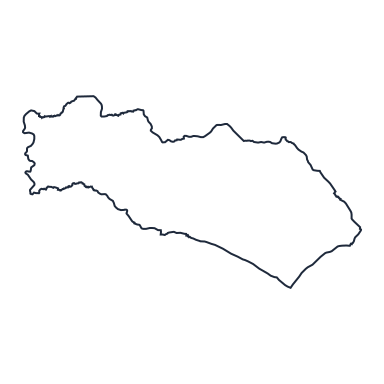 the district of Chom Phra, Surin, Thailand
{"feature_id": "78962969B42359071454830", "entity_name": "Chom Phra", "entity_type": "district", "adm_level": 2, "iso_a3": "THA", "parent_name": "Thailand", "parent_adm1": "Surin", "projection": "albers", "projection_center": [103.521, 15.133], "detail": "fine", "context": "isolated", "style": "outline", "palette": "slate", "viewbox_px": 384, "rotation_deg": 0, "n_neighbors": 0, "source": "geoboundaries", "source_scale": "gbopen_adm2", "svg_char_len": 5906}
<svg xmlns="http://www.w3.org/2000/svg" viewBox="0 0 384 384"><path d="M319.8,170.9L317.4,170.8L313.7,170.2L312.7,169.6L310.6,165.0L308.2,162.2L307.8,160.8L307.1,159.6L306.7,156.5L305.9,155.0L303.5,152.5L301.4,151.6L298.5,149.6L297.1,148.1L295.0,145.1L293.8,144.1L293.7,143.6L292.0,143.0L290.8,142.1L290.1,142.0L288.8,142.1L287.9,141.3L287.2,141.2L286.5,140.2L285.7,139.6L285.5,138.4L285.8,137.9L285.5,137.3L284.0,137.1L282.2,137.3L281.5,138.4L280.3,141.4L279.3,142.5L277.1,143.5L275.7,143.7L272.0,143.2L270.2,142.0L268.5,141.7L266.8,141.8L264.1,142.6L261.1,142.0L258.1,142.6L254.0,142.0L252.5,140.8L250.9,141.1L249.8,140.6L247.5,140.6L247.0,140.8L245.1,140.7L243.8,141.0L233.3,130.6L231.2,127.7L229.7,126.1L227.1,124.0L225.0,124.0L221.0,125.0L217.8,124.9L216.5,125.1L213.0,128.5L211.1,131.5L209.7,132.8L205.1,136.1L203.3,137.1L200.7,137.1L197.7,136.3L194.6,136.0L193.3,136.0L191.1,136.8L189.0,136.8L186.3,135.9L184.5,135.9L183.7,136.7L183.9,138.6L182.1,139.0L181.3,139.6L180.3,139.8L177.1,139.5L176.7,140.3L175.1,140.4L174.4,141.4L173.0,141.8L171.1,141.4L169.5,140.2L167.9,139.8L165.1,142.2L162.7,142.4L162.0,141.9L161.3,140.4L159.3,137.0L157.5,135.3L152.6,132.4L150.8,130.7L150.9,129.7L151.9,128.3L151.8,126.4L150.6,123.9L148.6,121.8L148.0,120.7L147.2,117.5L145.0,116.2L143.8,114.4L143.5,110.8L143.0,110.2L141.5,110.1L138.0,109.2L137.4,109.3L136.0,110.2L135.2,110.1L134.8,110.5L133.5,110.6L133.2,111.6L131.6,111.5L130.9,111.0L130.0,111.3L129.4,111.1L127.5,111.2L127.4,111.4L127.5,111.9L126.8,112.3L123.8,112.8L123.3,113.5L122.6,112.8L120.7,113.3L120.5,114.5L118.9,114.8L118.3,115.8L117.8,115.6L117.3,115.1L116.1,115.0L115.9,114.4L115.3,114.2L115.0,114.3L114.7,115.1L113.2,115.6L112.2,115.3L112.0,114.8L111.6,114.7L110.7,115.0L109.3,114.7L108.9,115.0L107.6,115.2L107.3,115.8L106.6,116.1L104.3,116.5L101.5,116.5L100.8,115.7L100.8,114.8L100.9,112.1L102.0,108.7L101.9,106.1L101.5,104.6L100.9,103.6L97.6,100.1L95.5,97.5L93.6,96.2L77.1,96.6L75.8,98.3L76.1,98.6L76.0,98.9L75.3,99.0L74.2,100.6L71.3,101.6L70.5,102.7L69.5,103.2L68.8,102.7L68.0,102.8L66.5,104.1L65.4,105.8L64.1,106.3L63.6,107.5L63.9,108.5L63.5,108.7L62.8,111.7L62.1,112.5L61.6,112.5L61.3,113.1L60.5,113.6L60.3,114.6L59.5,115.4L58.8,115.4L58.1,115.0L57.7,115.5L57.0,115.3L55.5,116.1L54.5,115.7L54.2,116.0L53.3,116.0L53.1,116.3L53.2,116.6L52.9,116.7L52.1,116.5L51.2,116.6L51.0,116.0L50.1,116.6L50.0,116.2L49.6,116.3L49.1,116.1L46.1,116.5L45.5,116.4L45.0,116.7L44.7,116.4L44.4,116.9L44.1,116.8L43.6,117.3L42.5,117.2L41.9,117.8L41.8,117.6L41.8,117.1L40.1,116.9L40.0,116.2L39.0,116.1L39.0,114.4L39.3,113.6L37.8,113.7L36.8,113.5L34.4,111.1L31.1,110.4L29.2,111.4L26.0,114.1L24.5,115.8L23.8,117.6L23.7,121.7L24.9,125.4L25.1,127.7L24.8,128.6L23.1,131.0L23.0,132.1L23.8,132.8L24.6,133.2L29.0,132.6L32.1,133.5L33.7,134.5L34.3,136.0L34.3,139.0L33.5,142.4L32.7,143.8L30.9,145.9L28.0,147.2L27.2,148.0L27.0,148.7L27.0,151.1L26.4,152.2L25.4,153.1L25.1,153.9L25.2,154.5L25.6,155.0L27.8,155.6L28.3,158.9L29.3,160.4L30.2,160.9L32.1,161.0L33.7,162.1L34.5,163.0L34.7,163.6L34.3,165.2L31.2,167.4L30.7,170.7L30.3,171.6L29.1,171.6L26.9,171.2L25.9,171.6L25.4,172.4L25.7,173.3L27.9,174.8L31.0,179.4L33.8,182.1L34.4,183.3L34.5,184.2L34.3,185.1L30.1,189.8L30.0,190.7L30.5,193.0L30.4,193.6L31.1,194.1L32.5,194.3L34.0,192.6L35.9,193.1L39.0,193.2L39.3,192.6L39.2,190.9L40.1,189.6L41.4,188.8L43.4,189.2L44.1,188.7L45.5,189.5L46.1,189.5L46.7,187.6L47.3,187.5L48.1,186.5L49.3,186.8L51.4,186.9L53.3,187.8L54.0,187.1L55.7,187.5L58.1,188.4L57.9,189.8L60.4,190.0L60.4,190.5L60.9,190.5L62.6,189.0L63.3,189.1L63.8,188.9L64.0,188.4L64.6,188.5L65.7,188.1L66.0,187.4L68.0,187.4L68.2,186.5L69.1,186.0L69.4,186.2L69.5,186.8L70.9,186.6L72.3,185.3L72.3,184.1L73.2,183.2L74.3,183.2L74.5,183.7L75.2,183.9L76.4,183.7L77.3,183.3L78.4,183.3L79.0,182.8L79.2,182.4L80.2,182.6L81.0,182.2L81.6,182.4L82.3,183.0L82.4,183.4L83.0,183.4L83.3,184.0L84.3,184.3L84.5,185.8L84.9,186.1L85.3,186.2L85.7,186.9L86.2,187.2L87.0,187.3L87.1,186.8L87.5,187.0L88.2,186.8L88.6,187.4L90.8,186.5L91.5,186.8L91.9,186.7L92.1,187.6L93.2,188.9L93.2,189.4L93.7,190.2L94.4,190.4L94.7,190.2L95.3,190.6L96.2,190.5L97.5,191.1L98.2,192.5L100.1,193.8L101.4,194.3L104.8,194.1L105.8,194.3L107.3,195.9L108.1,197.4L109.5,198.9L112.9,200.9L113.9,203.1L114.7,206.0L116.0,207.5L117.9,209.1L121.0,210.1L124.1,209.9L124.9,209.6L126.4,209.7L127.0,210.1L127.2,210.7L127.0,211.9L126.5,213.2L126.6,213.6L128.6,216.0L131.9,220.9L132.6,221.7L134.5,222.6L134.3,223.4L137.2,224.5L139.3,224.8L139.8,225.2L141.4,228.1L141.9,228.5L143.4,228.9L145.9,228.9L149.8,228.0L152.0,228.0L154.6,228.2L158.0,230.1L160.8,230.2L161.0,231.9L160.7,234.5L162.4,234.5L164.8,235.0L165.7,234.3L167.4,233.6L167.7,233.0L169.2,232.5L173.3,231.9L174.0,231.9L176.6,233.0L180.4,232.8L184.4,233.8L186.2,233.9L186.4,234.3L186.3,235.4L187.6,235.1L187.6,236.3L187.9,236.4L188.4,236.0L189.0,237.2L189.9,236.9L191.1,237.9L193.3,238.5L196.0,239.8L200.1,241.1L200.3,241.3L204.6,241.5L206.4,242.0L211.5,243.9L215.0,244.9L222.9,248.7L231.1,253.7L237.8,256.7L242.8,259.4L244.9,260.0L248.1,261.4L253.1,264.0L259.3,268.7L267.7,273.5L270.7,275.7L274.4,277.1L276.8,277.4L279.0,280.0L285.1,285.1L287.6,286.6L290.6,287.8L292.9,284.4L299.2,276.6L301.6,273.0L305.7,268.9L307.7,267.3L312.5,264.7L320.6,256.8L325.2,253.1L326.4,252.6L329.9,251.9L331.7,251.2L337.6,246.5L339.3,246.0L341.9,245.7L346.4,245.5L349.8,245.8L350.8,243.8L351.8,244.2L352.4,243.0L352.8,243.0L353.8,241.4L354.6,238.5L355.2,237.3L358.3,234.3L360.9,230.4L361.0,229.5L359.9,228.9L360.1,227.2L354.4,221.8L352.2,219.5L351.6,218.6L351.6,214.6L351.3,212.5L350.5,210.9L345.9,203.5L344.2,201.7L340.2,199.7L340.5,198.9L339.6,198.6L339.4,198.1L338.8,197.9L338.7,197.4L338.2,197.1L338.2,196.8L337.8,196.5L337.1,196.9L336.3,196.6L336.2,196.1L335.5,195.5L335.1,194.4L334.1,193.4L334.6,192.9L334.6,192.4L335.5,191.6L334.9,190.5L330.1,183.5L328.3,181.6L324.1,177.7L320.4,172.3L319.8,170.9Z" fill="none" stroke="#1e293b" stroke-width="2"/></svg>